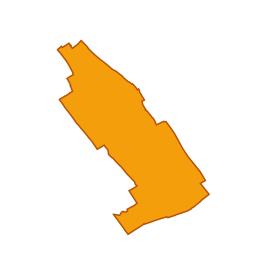 Varlezi, Galati, Romania, rotated 340°
{"feature_id": "2599482B39288549559183", "entity_name": "Varlezi", "entity_type": "district", "adm_level": 2, "iso_a3": "ROU", "parent_name": "Romania", "parent_adm1": "Galati", "projection": "equal_earth", "projection_center": [27.823, 45.929], "detail": "fine", "context": "isolated", "style": "filled", "palette": "amber", "viewbox_px": 256, "rotation_deg": 340, "n_neighbors": 0, "source": "geoboundaries", "source_scale": "gbopen_adm2", "svg_char_len": 4514}
<svg xmlns="http://www.w3.org/2000/svg" viewBox="0 0 256 256"><g transform="rotate(340 128 128)"><path d="M114.0,29.8L113.9,29.8L113.6,30.0L113.4,30.0L112.3,30.6L112.2,30.7L109.8,31.9L109.1,32.2L103.0,34.1L102.0,31.2L102.6,31.1L102.0,29.6L101.8,29.0L101.5,28.1L100.0,28.5L99.4,28.7L94.1,29.8L93.8,29.8L93.5,28.9L93.4,28.5L90.9,29.4L89.2,30.0L88.6,30.2L88.5,30.4L88.6,30.7L88.8,31.2L88.9,31.6L89.0,32.0L89.3,32.7L89.4,33.0L89.5,33.3L89.8,34.0L89.9,34.3L90.0,34.5L90.3,35.4L90.3,35.6L90.5,36.0L90.6,36.3L90.7,36.7L90.9,37.1L91.0,37.6L91.1,37.8L91.2,38.2L91.3,38.5L91.5,39.2L91.7,40.0L92.0,40.7L92.2,41.5L92.6,42.8L93.1,44.6L93.7,47.5L94.0,49.3L94.2,50.4L94.3,51.4L94.8,54.8L95.1,57.1L94.9,57.5L94.9,57.9L94.8,59.2L90.9,59.8L87.6,60.6L88.1,63.1L88.8,68.2L88.6,68.3L88.2,68.3L88.4,74.7L85.4,75.0L85.0,75.4L83.6,75.7L83.1,75.9L82.9,75.9L80.9,76.3L79.7,76.5L79.1,76.5L78.3,76.8L77.6,76.9L77.3,77.0L77.1,77.0L76.9,77.0L76.3,77.0L75.8,77.1L75.4,77.2L74.9,77.4L74.6,77.4L74.5,77.5L74.3,77.5L74.1,77.5L73.6,77.6L73.2,77.8L73.8,79.7L74.2,80.9L74.4,81.7L74.5,81.9L74.9,83.6L75.3,85.3L75.5,86.1L75.5,86.5L75.7,87.1L75.9,87.6L76.8,90.4L77.3,91.9L79.0,97.4L79.7,100.0L80.9,104.5L81.2,105.3L81.4,106.1L82.1,107.7L82.7,109.0L83.0,109.8L83.4,111.6L84.9,115.2L87.1,121.4L87.6,123.2L88.9,126.5L89.4,128.0L89.8,129.3L90.1,130.7L90.7,132.8L91.8,137.5L97.8,136.4L99.7,135.9L100.0,137.4L101.4,141.3L101.5,142.0L101.3,143.6L101.2,144.1L101.1,144.5L100.7,145.9L100.8,146.2L101.5,148.1L101.7,148.6L102.5,149.9L103.9,152.0L104.0,152.2L104.5,153.6L104.6,154.3L106.7,158.8L107.8,161.2L108.1,161.8L108.4,162.5L110.2,167.6L111.1,170.3L111.5,171.1L111.8,171.8L114.8,178.6L115.8,181.1L115.5,183.0L116.6,185.6L116.3,185.7L116.0,185.7L115.2,185.9L112.4,186.5L109.8,187.0L109.7,187.0L107.5,187.3L110.7,201.5L110.8,201.7L110.4,201.8L108.2,202.7L107.5,202.9L101.4,203.8L99.3,204.1L99.2,204.2L99.2,204.3L99.4,205.6L99.3,205.8L99.0,206.0L98.1,206.1L97.8,206.2L97.5,206.2L96.3,205.7L95.8,205.6L95.4,205.3L94.9,204.7L94.7,204.6L93.5,204.8L93.1,204.8L92.9,205.0L90.9,206.8L90.1,207.0L89.8,207.0L89.5,206.8L88.8,206.5L87.8,205.8L85.3,204.3L84.8,204.2L85.0,205.0L85.2,205.7L85.5,206.5L86.0,208.3L86.4,209.5L86.8,210.7L87.2,212.2L87.4,213.0L87.7,214.0L88.1,215.5L88.5,216.6L88.7,217.6L89.0,218.6L89.2,219.3L89.5,220.2L90.0,222.7L90.8,225.0L91.7,227.9L98.8,226.3L101.5,225.7L102.2,225.5L102.9,225.4L105.1,224.9L107.3,224.4L110.0,223.6L110.0,224.0L110.8,224.0L114.7,224.1L121.9,224.2L125.3,224.2L127.1,224.3L129.6,224.5L131.5,224.6L132.2,224.6L132.5,224.6L132.9,224.7L133.3,224.7L133.6,224.7L133.9,224.8L134.2,224.9L134.3,225.0L134.4,225.5L134.5,225.7L134.7,225.8L134.9,225.9L135.3,225.9L135.6,226.0L135.8,226.0L136.8,226.0L137.9,226.0L138.9,226.0L139.3,226.0L140.2,226.1L140.5,226.1L141.5,226.1L142.7,226.1L144.3,226.0L144.5,226.0L144.9,226.1L146.3,226.1L147.2,226.1L154.8,226.3L155.3,226.3L156.4,226.1L158.0,225.9L159.4,225.7L159.6,225.4L162.9,224.6L171.3,221.7L172.1,221.1L176.8,219.6L181.5,218.0L177.1,204.9L182.8,203.8L182.4,202.0L180.9,193.8L174.6,175.4L172.3,165.7L170.1,150.8L169.3,146.9L167.8,141.5L167.6,140.8L166.9,138.4L166.4,136.9L166.2,136.2L166.0,135.1L164.8,134.6L163.7,134.0L160.2,134.3L156.7,134.6L155.8,134.7L155.8,134.1L155.6,133.1L155.7,131.4L155.0,127.5L154.3,126.2L153.6,124.9L153.7,124.6L153.6,123.9L153.5,123.6L153.5,123.4L153.3,123.0L153.1,122.6L152.8,122.2L152.6,121.7L152.6,121.1L152.5,120.7L152.4,120.4L152.2,119.8L152.0,119.3L151.9,119.0L151.5,118.4L151.3,118.1L151.1,117.9L150.9,117.6L150.5,117.1L151.0,116.7L150.8,116.2L150.8,115.8L150.6,115.4L150.5,115.0L150.4,114.5L150.4,114.1L150.2,112.9L150.1,112.4L150.0,112.1L149.9,111.5L149.8,110.9L150.1,109.3L150.3,108.7L150.4,107.5L151.2,107.5L152.1,107.4L153.0,107.4L152.8,106.3L152.7,105.4L152.4,104.5L152.3,103.8L152.1,103.3L151.8,101.1L151.6,100.4L151.6,99.8L151.3,99.0L151.1,98.1L151.1,97.9L151.6,96.4L151.3,94.9L149.8,95.2L149.6,94.1L149.6,93.7L148.8,91.5L148.4,90.6L147.3,88.0L147.2,88.0L146.7,88.2L145.6,86.1L145.4,85.8L144.1,84.7L142.4,81.7L142.1,81.1L141.8,80.8L141.5,80.2L140.8,78.5L140.1,76.9L139.8,76.4L138.4,74.2L136.3,70.8L135.2,69.4L134.9,69.3L133.8,68.1L133.4,67.4L133.1,67.1L131.8,64.8L131.6,64.5L130.8,62.9L130.0,61.4L128.5,59.0L127.9,58.1L127.5,57.5L126.6,56.1L126.2,55.4L125.6,54.4L125.2,53.8L124.2,52.1L123.7,51.2L123.1,50.2L122.3,48.7L121.8,47.9L121.6,47.5L120.6,45.6L119.9,44.0L118.9,42.0L118.7,41.4L118.5,40.9L118.1,40.2L117.3,37.2L117.2,37.0L116.4,35.3L116.0,34.4L115.9,34.2L114.5,31.0L114.0,29.8Z" fill="#f59e0b" stroke="#b45309" stroke-width="1.5"/></g></svg>